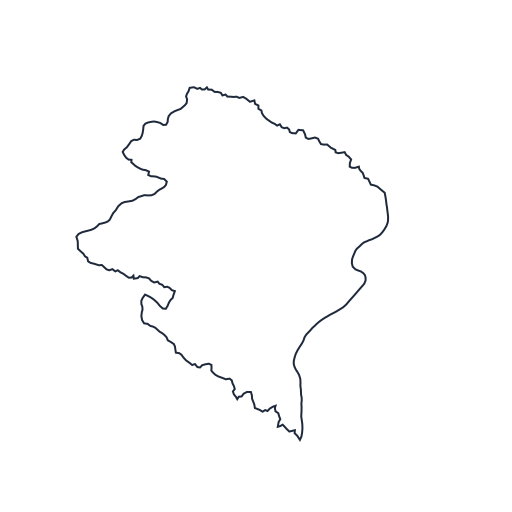 the district of Ibiaí, Minas Gerais, Brazil, rotated 235°
{"feature_id": "56859067B65559545591496", "entity_name": "Ibiaí", "entity_type": "district", "adm_level": 2, "iso_a3": "BRA", "parent_name": "Brazil", "parent_adm1": "Minas Gerais", "projection": "mercator", "projection_center": [-44.794, -16.832], "detail": "fine", "context": "isolated", "style": "outline", "palette": "slate", "viewbox_px": 512, "rotation_deg": 235, "n_neighbors": 0, "source": "geoboundaries", "source_scale": "gbopen_adm2", "svg_char_len": 4917}
<svg xmlns="http://www.w3.org/2000/svg" viewBox="0 0 512 512"><g transform="rotate(235 256 256)"><path d="M234.0,397.7L239.0,396.3L243.1,395.3L246.0,393.4L248.6,391.0L251.3,391.5L255.0,392.1L257.7,389.6L260.5,390.5L263.0,391.1L265.5,390.6L268.0,390.5L270.2,391.5L271.4,387.7L273.2,385.2L275.4,384.0L278.3,386.2L280.5,389.3L284.3,388.9L287.1,387.8L290.2,388.2L291.4,385.6L293.0,382.4L295.2,380.7L297.4,381.8L301.6,379.5L306.5,378.2L308.4,375.4L310.4,373.4L313.6,373.6L316.5,374.1L319.2,372.3L320.6,368.7L321.8,366.1L324.4,364.7L327.7,366.0L331.9,366.7L335.0,363.1L333.6,358.9L335.9,356.1L338.1,354.8L340.6,355.7L343.3,355.1L344.5,352.4L346.8,350.9L350.2,351.1L350.7,348.1L353.5,347.1L356.6,345.3L359.4,344.3L362.5,343.2L366.4,342.6L369.6,342.8L372.1,343.9L375.2,342.4L377.9,344.3L381.1,342.5L384.4,343.9L385.8,339.5L390.4,338.2L393.7,336.7L395.0,333.1L397.8,331.3L399.0,329.0L400.8,326.9L403.0,324.0L405.7,323.7L406.8,320.6L409.8,320.8L412.3,318.8L414.2,316.2L417.7,315.1L419.7,312.3L422.3,312.5L421.9,309.4L423.4,307.2L425.8,306.6L426.6,303.8L429.9,301.9L431.8,298.1L429.7,295.3L428.4,292.4L426.9,290.3L423.8,289.4L421.0,286.8L420.3,284.3L420.0,281.5L419.7,278.5L420.5,275.8L421.3,272.2L421.6,268.1L420.7,264.8L418.9,262.5L416.5,260.5L415.1,257.6L416.5,255.2L420.0,253.8L422.7,251.6L424.7,249.6L425.9,247.3L427.2,244.4L427.9,241.3L427.1,238.5L424.5,236.3L421.6,233.5L419.8,231.1L418.5,228.4L419.3,225.0L421.2,222.8L421.7,219.7L420.4,216.3L419.2,212.8L418.8,208.9L417.7,206.5L414.5,206.0L411.0,206.0L408.1,206.9L406.2,209.2L404.2,207.6L401.6,208.3L399.2,208.8L396.8,209.8L394.0,211.2L391.9,212.5L389.7,214.8L386.5,216.8L384.2,214.2L381.6,215.7L379.9,217.9L378.1,219.9L374.0,222.5L371.8,224.9L368.1,225.6L365.9,223.0L365.2,220.3L365.4,217.2L365.7,214.7L365.6,211.9L365.0,208.5L365.7,205.2L367.5,202.4L369.9,199.4L370.9,196.1L371.8,193.4L371.7,190.0L372.1,186.6L373.6,183.3L375.5,179.5L376.3,176.3L375.8,171.7L373.9,167.3L373.1,163.7L371.5,160.5L369.6,157.0L369.3,154.2L370.0,151.3L371.0,148.6L372.1,145.9L371.5,143.0L371.3,139.5L372.0,135.9L373.1,132.9L374.2,130.0L375.3,126.9L375.8,123.3L374.8,119.9L370.5,118.5L367.7,116.7L364.1,114.3L360.5,115.0L356.8,115.9L353.8,115.7L351.4,116.8L347.9,115.4L345.3,116.5L342.2,119.2L338.5,122.0L337.1,124.5L334.2,125.2L330.8,125.9L328.5,127.6L327.6,130.8L324.1,131.9L323.6,134.6L320.4,135.6L317.6,137.1L314.2,138.2L311.3,139.3L309.7,141.6L310.2,144.3L307.5,142.9L305.7,146.5L306.3,149.1L303.5,151.1L301.6,153.6L299.1,155.5L295.8,155.9L292.7,157.4L291.4,160.8L288.7,160.9L286.2,162.7L283.0,163.0L281.8,165.6L279.6,166.9L276.2,167.5L273.8,169.4L271.3,165.9L269.4,163.6L269.0,160.8L267.8,158.0L265.8,154.9L264.5,151.8L266.5,149.5L270.4,148.6L273.9,148.4L276.5,147.9L279.3,147.2L282.0,146.2L284.7,144.9L288.0,143.0L286.7,139.2L285.0,136.3L282.3,134.5L279.9,133.9L277.3,132.4L275.3,130.1L272.5,127.6L268.7,125.9L265.0,125.7L262.7,128.2L259.2,129.4L257.3,131.1L255.1,132.3L252.7,132.9L249.4,133.6L246.5,134.9L243.8,135.7L240.7,136.1L237.5,135.4L234.6,136.8L231.0,138.2L228.4,137.7L225.6,136.3L222.8,134.9L220.4,137.4L217.9,138.3L215.4,138.3L212.9,138.5L210.4,138.9L206.8,140.2L203.3,141.2L202.5,144.0L198.6,144.3L196.8,146.2L197.4,149.4L196.2,152.7L194.8,155.6L192.3,157.0L189.7,155.3L187.8,153.7L185.2,153.9L182.0,154.6L179.0,156.0L175.9,158.2L172.3,160.6L170.7,164.0L168.0,164.8L165.1,163.7L162.1,163.3L159.2,162.3L158.3,159.4L155.2,158.5L152.3,158.8L149.5,158.5L150.6,161.2L149.2,163.6L150.3,166.9L149.8,170.7L147.5,173.8L144.2,172.7L141.3,170.9L138.7,170.3L135.5,169.5L132.1,167.9L127.9,170.7L124.7,172.1L124.5,175.2L122.4,176.5L123.1,179.7L122.9,183.3L122.1,186.1L120.6,184.2L117.6,182.9L114.5,184.1L111.3,183.0L108.4,182.3L107.0,179.3L103.6,175.9L102.8,178.3L102.5,181.1L99.9,181.5L96.8,181.9L93.1,182.6L91.0,187.9L88.7,186.0L85.0,186.7L80.2,186.5L82.0,189.6L84.9,192.5L88.2,195.2L91.9,197.6L95.8,199.6L98.6,201.0L100.5,202.5L102.7,204.2L105.7,206.4L109.2,208.6L111.3,210.5L113.7,212.1L116.4,213.3L118.9,214.9L121.1,216.3L124.2,217.9L126.9,219.9L129.9,221.8L134.0,223.1L137.2,223.4L140.3,223.5L143.2,224.0L146.0,225.0L148.5,226.9L150.8,229.5L153.0,232.4L155.0,236.1L156.8,240.3L158.0,243.4L159.4,246.2L161.6,249.2L162.8,252.1L163.3,254.7L163.9,257.7L164.8,261.2L165.1,263.9L165.6,266.9L165.9,269.9L166.0,273.0L165.9,277.0L165.6,279.7L165.4,283.1L164.9,286.6L164.5,289.6L164.3,293.0L164.0,297.8L164.5,302.1L165.8,306.9L166.8,311.3L167.6,314.6L168.5,318.1L169.6,322.4L170.5,326.1L171.2,328.8L173.1,331.7L175.3,333.3L177.7,334.2L180.2,334.1L183.1,333.1L185.5,331.4L188.0,329.8L191.8,329.1L195.1,330.4L198.1,332.7L199.9,335.1L201.4,337.5L203.2,340.3L204.1,342.7L204.5,346.3L205.1,349.8L205.2,352.5L204.5,355.2L204.1,357.7L203.2,360.5L202.8,363.2L202.3,366.6L202.2,369.7L202.9,372.8L204.0,376.1L205.7,379.9L207.8,383.0L209.6,384.7L212.5,386.8L216.2,388.8L218.7,390.1L221.3,391.5L223.7,392.6L226.4,394.1L229.8,395.8L234.0,397.7Z" fill="none" stroke="#1e293b" stroke-width="2"/></g></svg>